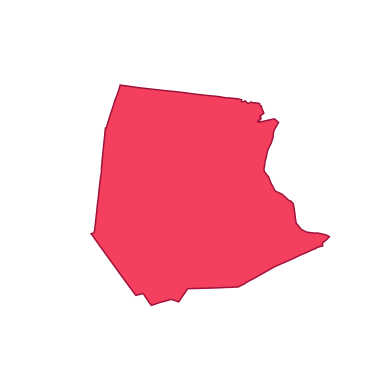 Valea Ramnicului, Buzau, Romania (Robinson projection), rotated 48°
{"feature_id": "2599482B35359863069359", "entity_name": "Valea Ramnicului", "entity_type": "district", "adm_level": 2, "iso_a3": "ROU", "parent_name": "Romania", "parent_adm1": "Buzau", "projection": "robinson", "projection_center": [27.043, 45.336], "detail": "fine", "context": "isolated", "style": "filled", "palette": "rose", "viewbox_px": 384, "rotation_deg": 48, "n_neighbors": 0, "source": "geoboundaries", "source_scale": "gbopen_adm2", "svg_char_len": 5011}
<svg xmlns="http://www.w3.org/2000/svg" viewBox="0 0 384 384"><g transform="rotate(48 192 192)"><path d="M295.7,211.9L295.8,211.7L295.8,211.2L296.1,209.8L296.4,208.7L296.8,207.0L297.7,203.7L297.9,202.7L298.8,198.5L299.0,197.7L300.0,193.3L301.3,187.4L302.0,184.4L302.8,180.6L304.2,176.5L304.5,175.5L305.4,172.7L306.1,170.8L306.8,168.6L307.2,167.4L308.4,163.6L308.9,162.4L309.0,161.8L309.1,161.5L309.9,159.0L310.0,158.5L310.1,158.0L310.2,157.7L310.3,157.4L310.4,157.0L310.6,156.5L311.0,154.9L312.5,150.5L312.9,149.8L312.9,149.1L313.2,148.4L313.4,147.9L313.6,147.4L314.0,146.0L314.5,144.5L314.6,144.1L314.8,143.2L315.2,142.2L315.6,141.1L315.8,140.2L316.4,138.9L316.6,138.3L316.8,137.8L316.9,137.6L316.8,137.4L316.7,137.2L316.8,136.7L316.9,136.2L317.0,135.9L317.0,135.7L317.4,135.3L317.6,134.9L317.7,134.7L317.8,134.3L317.9,133.9L318.1,133.5L318.2,133.2L318.5,132.7L318.8,132.4L318.9,132.2L319.1,131.9L319.3,131.7L319.4,131.4L319.4,131.1L319.5,130.9L319.3,130.8L319.0,130.7L318.7,130.5L318.3,130.2L317.4,129.1L317.2,127.7L317.4,125.8L317.4,125.0L317.5,124.1L317.3,121.2L317.2,119.8L316.0,120.2L314.6,120.6L312.5,121.9L310.4,123.2L306.8,125.9L303.7,129.2L298.4,133.7L293.0,135.8L284.9,135.4L280.2,132.4L276.3,129.6L271.9,126.7L269.1,125.0L268.2,124.6L266.6,124.5L265.2,124.6L262.7,125.7L259.4,126.0L254.0,126.5L247.1,129.5L242.9,128.5L237.3,127.1L233.2,125.4L232.0,124.9L229.0,124.9L225.0,124.4L223.1,123.2L220.3,119.5L218.7,118.0L216.3,114.2L212.2,108.7L210.7,105.7L208.7,100.6L205.9,95.6L201.4,90.5L198.2,81.1L197.3,81.2L195.1,81.5L194.7,81.5L193.8,81.6L193.2,81.7L192.9,81.8L192.7,82.0L192.4,82.3L192.0,83.0L191.5,84.1L189.4,87.6L186.7,92.5L185.9,93.8L185.8,94.0L185.6,94.4L185.4,94.3L184.0,96.3L183.4,96.1L183.8,95.5L184.6,94.4L183.5,94.2L183.6,93.7L183.9,92.6L183.2,92.6L183.3,91.6L182.7,91.5L182.7,90.8L181.1,90.7L181.4,86.9L181.5,86.9L181.5,85.9L179.4,85.0L178.5,84.9L177.4,84.4L175.8,83.9L175.1,83.1L174.6,83.1L174.1,83.2L173.4,83.2L172.3,83.4L172.1,83.3L171.5,82.7L171.4,82.6L171.2,82.7L171.2,82.8L170.9,83.0L170.7,83.2L170.4,83.4L170.1,83.7L169.8,83.9L169.4,84.2L168.9,84.5L168.6,84.8L168.5,85.0L168.4,85.0L168.2,85.2L168.0,85.4L167.8,85.6L167.6,85.7L167.5,85.8L167.5,86.0L167.4,86.1L167.2,86.5L166.9,86.7L166.5,86.9L166.0,87.2L165.6,87.4L165.4,87.5L165.2,87.6L165.2,87.8L165.0,88.0L164.9,88.0L164.6,88.1L164.5,88.3L164.5,88.5L164.5,88.9L164.4,89.3L164.4,89.6L164.3,89.9L164.1,90.2L164.0,90.3L164.0,90.5L163.9,90.7L163.4,91.2L163.1,91.3L162.8,91.4L161.4,91.3L160.6,91.4L160.1,91.5L159.7,91.8L159.5,92.2L159.4,92.9L159.5,93.3L159.2,93.9L158.9,94.2L158.5,94.5L158.1,94.6L157.5,94.2L157.1,94.1L156.9,93.9L156.8,93.6L156.7,93.4L153.1,95.8L151.1,97.7L148.8,99.8L146.7,101.6L146.5,102.0L146.0,102.6L144.5,103.9L142.3,105.7L141.0,106.7L140.2,107.2L137.6,109.6L136.1,110.9L133.9,112.9L132.2,114.5L131.0,115.6L129.8,116.7L129.0,117.4L128.2,118.1L126.4,119.7L125.5,120.5L123.8,122.0L122.0,123.6L119.8,125.5L115.9,128.8L113.2,131.1L110.4,133.6L109.1,134.7L107.7,135.9L103.7,139.5L102.4,140.7L101.2,141.9L98.0,144.7L94.3,148.1L93.7,148.6L78.1,162.4L73.2,166.5L64.5,173.8L67.4,178.5L70.0,183.2L71.2,185.8L71.7,186.1L71.7,186.5L71.7,186.8L71.8,187.2L72.3,188.1L74.1,190.8L74.6,191.7L77.8,197.3L78.1,197.9L78.7,198.9L78.9,199.2L80.0,201.1L83.5,207.1L86.7,212.4L87.0,212.9L86.5,213.5L87.1,214.2L90.0,217.4L90.4,217.8L91.1,218.6L93.2,220.9L99.0,227.3L101.7,230.3L106.3,235.3L109.0,238.4L110.2,239.5L111.4,240.9L112.5,242.1L113.4,243.1L114.2,243.9L114.7,244.4L115.0,244.6L115.6,245.1L116.8,246.2L117.3,246.8L119.8,249.9L121.4,251.9L123.0,253.7L125.6,256.7L134.8,266.9L137.6,270.2L139.9,272.8L141.3,274.3L143.3,276.5L145.7,279.3L147.8,281.6L149.9,283.9L152.5,286.8L152.9,287.2L153.1,287.5L153.7,288.1L153.9,288.4L155.2,289.8L155.7,290.6L155.9,291.0L156.2,291.5L156.6,292.5L155.5,294.9L156.2,295.0L157.6,295.1L158.2,295.1L159.6,295.3L161.7,295.6L162.7,295.7L164.7,295.9L168.0,296.3L171.3,296.7L177.3,297.3L177.5,297.3L180.5,297.7L185.3,298.2L186.3,298.3L201.3,299.9L207.6,300.6L208.9,300.7L210.7,300.9L212.3,301.1L213.1,301.2L217.1,301.5L220.5,301.9L222.2,302.0L223.1,302.1L226.6,302.5L230.0,302.8L230.6,302.8L231.1,302.9L231.3,302.8L231.5,302.6L231.6,302.3L231.6,302.0L231.7,301.8L231.9,301.5L232.1,301.2L232.3,300.7L232.6,300.4L232.8,300.0L233.1,299.6L233.1,299.3L233.2,299.1L233.3,299.0L233.4,298.8L233.4,298.6L233.6,298.4L233.7,298.1L233.8,298.0L233.9,297.8L234.1,297.5L234.3,297.2L234.4,296.9L234.4,296.6L234.5,296.3L235.3,296.3L236.7,296.5L239.3,296.9L243.8,297.5L245.6,297.8L249.1,298.1L252.6,289.8L253.8,287.6L255.1,285.0L257.2,280.7L257.6,279.7L257.9,279.4L258.1,279.2L258.6,278.9L259.1,278.6L259.7,278.3L261.0,277.5L263.3,276.2L264.8,275.4L264.4,273.8L264.0,272.4L263.1,268.6L262.3,265.2L261.6,262.4L261.5,261.8L261.0,259.9L275.1,243.3L280.6,236.8L283.0,233.9L284.7,231.8L286.0,230.2L287.8,228.2L290.6,224.7L293.7,220.9L293.6,220.6L293.8,220.2L293.9,219.7L294.4,217.6L295.0,215.8L295.2,215.3L295.4,214.6L295.4,214.4L295.5,213.1L295.6,211.9L295.7,211.9Z" fill="#f43f5e" stroke="#9f1239" stroke-width="1.5"/></g></svg>